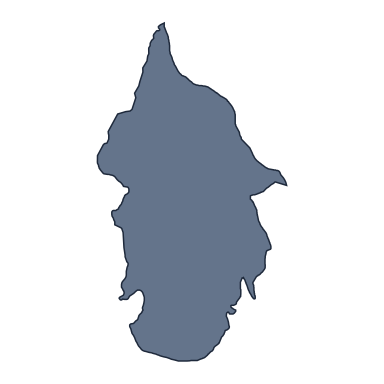 Alvarado, Cartago, Costa Rica (Mercator projection)
{"feature_id": "36466004B14644895644866", "entity_name": "Alvarado", "entity_type": "district", "adm_level": 2, "iso_a3": "CRI", "parent_name": "Costa Rica", "parent_adm1": "Cartago", "projection": "mercator", "projection_center": [-83.805, 9.945], "detail": "fine", "context": "isolated", "style": "filled", "palette": "slate", "viewbox_px": 384, "rotation_deg": 0, "n_neighbors": 0, "source": "geoboundaries", "source_scale": "gbopen_adm2", "svg_char_len": 6027}
<svg xmlns="http://www.w3.org/2000/svg" viewBox="0 0 384 384"><path d="M164.2,23.0L160.5,24.8L159.3,25.7L158.4,26.6L158.5,27.9L159.7,29.2L159.7,30.0L158.8,30.7L157.0,30.7L156.5,31.0L153.8,34.3L153.4,35.6L153.7,38.3L152.7,39.5L151.7,40.3L150.2,43.2L150.1,45.7L148.8,47.9L148.7,48.8L148.8,53.8L147.7,56.1L147.0,61.0L142.8,67.9L142.9,72.1L139.9,81.5L138.8,86.0L134.6,93.2L135.8,97.8L132.0,109.5L129.9,111.1L125.8,111.6L117.7,114.0L108.2,131.5L108.4,133.7L108.8,135.2L108.7,139.2L107.3,142.4L106.8,143.2L104.6,143.6L103.4,144.6L97.5,155.6L97.4,162.0L97.5,163.2L98.5,165.2L98.7,166.7L99.0,167.1L99.3,168.4L99.8,168.8L100.0,169.4L103.0,173.1L103.9,173.8L107.7,174.4L109.0,174.4L110.4,174.9L111.7,175.1L113.3,175.6L113.4,175.8L114.6,176.4L117.2,179.7L118.8,181.2L120.7,182.4L122.3,184.3L123.5,186.1L123.5,186.4L127.6,187.1L128.1,187.4L128.4,187.9L128.9,189.1L128.9,191.7L128.7,192.3L127.7,193.5L126.7,194.2L126.1,194.4L125.7,194.8L125.4,194.8L124.6,195.8L124.4,196.7L123.5,198.3L122.9,200.0L122.8,201.0L121.9,202.6L121.3,204.3L120.5,205.2L120.0,205.6L119.7,206.4L118.9,207.4L118.5,208.3L118.5,208.9L116.9,209.7L115.9,210.5L113.3,210.5L112.5,210.9L111.8,212.0L111.8,214.3L112.1,216.2L113.3,218.1L113.8,219.9L114.3,220.7L114.8,221.9L114.8,224.8L120.6,227.6L121.7,228.4L123.1,232.5L124.0,247.8L125.1,255.1L125.1,256.8L126.9,261.9L127.2,262.0L128.1,263.3L128.1,264.3L127.7,266.2L127.2,267.0L126.3,271.3L126.3,274.9L126.1,276.5L125.1,278.5L122.5,281.6L121.8,283.0L121.5,284.6L121.5,287.2L122.4,288.6L123.3,290.6L123.6,290.7L124.1,292.2L124.1,293.5L123.3,295.3L119.9,297.1L119.2,297.9L119.2,298.5L120.4,299.9L121.7,299.9L122.5,299.1L124.8,299.4L126.7,299.4L127.6,299.1L128.2,298.5L129.6,296.1L133.8,293.3L135.6,291.5L137.4,290.1L139.7,290.1L141.0,290.7L142.0,291.6L142.8,292.9L143.5,295.0L143.7,295.3L144.3,297.4L144.3,300.4L143.9,302.9L143.3,305.4L142.5,307.4L142.5,308.7L143.0,310.1L142.0,311.7L142.0,312.1L141.2,313.2L140.7,313.5L139.0,315.4L137.8,319.3L137.3,319.9L135.6,321.1L134.0,323.0L133.1,323.6L132.5,323.6L130.6,324.0L129.8,324.8L129.7,325.1L129.7,326.4L129.9,327.0L130.9,329.0L131.5,331.5L131.8,332.1L131.8,332.7L132.2,333.6L133.5,335.4L134.7,337.8L135.9,341.1L137.2,343.1L137.2,343.4L138.5,345.9L140.6,348.3L141.1,349.1L142.4,350.3L144.2,351.1L146.0,351.5L149.1,352.4L151.6,352.8L153.1,353.4L156.0,354.1L157.4,354.8L158.4,355.0L160.1,355.8L163.6,356.8L166.5,357.4L169.2,358.3L171.3,359.2L174.4,359.9L178.4,361.0L186.9,361.0L189.8,360.8L191.0,360.5L197.3,360.5L200.7,359.0L202.0,358.7L202.5,358.3L203.7,358.0L204.8,357.4L207.5,355.1L208.1,354.1L208.4,354.1L210.6,351.8L212.0,351.1L212.6,350.5L213.4,349.3L213.9,347.6L214.5,346.9L215.4,346.0L216.5,345.3L218.5,343.7L218.9,343.3L218.9,342.9L219.2,342.8L221.6,337.0L222.7,336.0L224.1,333.9L224.2,333.3L224.8,332.0L225.2,330.5L227.0,329.9L228.8,328.5L229.3,327.3L229.3,326.3L228.9,325.5L228.4,322.0L227.4,318.6L226.3,316.2L226.5,313.7L226.9,312.8L227.6,312.2L228.6,312.2L229.5,313.9L229.8,314.0L233.0,314.0L234.3,313.1L235.7,311.3L235.7,310.1L233.4,309.1L232.8,308.4L231.7,307.8L230.9,306.9L230.9,305.6L231.3,305.3L233.6,305.3L235.8,304.3L236.3,303.7L236.5,302.1L239.7,297.8L240.3,296.6L240.6,296.5L240.8,293.9L240.8,289.7L240.4,288.8L240.4,282.2L242.2,277.9L243.2,278.2L243.2,277.9L243.4,277.6L243.9,278.3L244.0,278.8L244.9,280.0L245.5,281.9L246.0,282.8L246.0,283.3L247.0,285.5L248.2,289.3L248.7,290.6L249.3,291.4L249.5,292.4L250.9,294.5L251.5,295.9L252.7,297.6L253.6,298.7L254.6,298.9L255.0,298.7L255.2,298.3L255.2,296.8L255.0,295.5L254.7,295.2L254.5,294.3L254.5,293.3L254.2,292.9L254.2,291.3L253.9,290.4L253.9,287.3L253.7,286.9L253.7,285.4L252.9,283.5L252.9,282.5L256.3,276.8L256.9,276.2L257.8,275.8L258.0,275.3L259.4,274.8L260.1,274.2L261.2,272.9L262.4,272.0L264.5,269.1L265.1,267.9L265.2,264.9L265.0,264.0L265.0,258.8L265.2,257.9L265.2,256.4L266.0,253.5L266.0,252.5L266.5,251.6L266.5,251.1L267.0,250.6L270.5,249.2L270.9,248.5L270.9,246.5L270.6,245.0L269.8,243.3L269.8,242.7L269.6,242.5L269.1,241.2L269.0,240.7L268.6,239.9L268.6,239.4L267.8,238.2L267.8,237.7L267.0,235.9L266.7,234.4L266.0,232.9L263.4,229.4L263.0,229.2L262.7,228.3L261.2,226.4L260.0,224.2L259.8,223.2L258.6,221.0L257.5,215.6L257.3,215.3L257.3,214.3L257.0,213.9L257.0,212.4L256.8,212.1L256.8,210.1L256.0,208.6L255.7,207.6L254.7,205.9L253.4,202.7L253.2,202.2L252.7,202.0L252.7,201.5L252.3,201.3L251.9,200.4L250.4,199.2L250.4,196.2L250.5,195.7L253.2,194.8L254.7,194.8L257.1,194.0L258.0,193.5L258.5,193.5L259.2,193.1L259.7,193.0L260.4,192.7L260.6,192.3L261.6,192.2L262.0,191.9L263.4,191.5L266.5,188.2L268.2,187.2L271.3,184.6L273.5,183.4L275.0,182.0L275.5,182.0L286.6,185.4L285.8,182.3L284.6,179.8L283.4,177.9L280.8,174.8L279.9,172.5L279.4,171.7L278.7,171.0L277.6,170.5L276.6,170.5L275.4,170.0L273.8,170.0L273.6,169.8L269.0,169.0L267.9,168.7L266.9,168.0L266.6,168.0L265.0,167.0L262.3,164.9L261.7,164.7L261.3,164.1L258.5,162.1L258.3,161.8L257.1,160.9L255.1,158.7L255.0,158.4L254.6,158.0L253.3,155.3L252.9,154.9L252.4,153.4L249.8,147.9L241.4,139.2L241.1,137.2L240.2,136.0L239.7,134.6L239.3,132.2L235.8,125.8L235.7,124.8L235.2,123.9L235.2,114.7L234.7,112.8L234.7,111.8L234.4,111.4L233.4,109.2L233.0,108.5L232.9,108.0L231.1,105.1L230.7,104.9L229.9,103.6L229.4,103.3L228.4,101.6L227.5,101.2L227.3,100.4L226.3,99.3L223.3,97.4L222.4,97.1L221.7,96.4L221.1,96.4L220.7,96.2L217.0,93.0L216.5,93.0L216.3,92.6L215.8,92.5L213.6,90.7L211.4,89.4L210.7,88.7L210.2,88.7L209.9,88.3L208.2,87.2L207.9,86.9L207.0,86.8L206.5,86.5L205.5,86.4L205.1,86.1L203.6,86.1L201.7,85.6L199.1,85.6L197.7,85.1L196.7,85.1L193.4,83.8L192.4,83.0L191.5,81.9L190.7,81.5L190.4,81.1L190.0,81.0L188.9,80.0L188.3,79.2L187.8,79.0L187.3,78.3L186.5,77.8L186.3,77.4L185.2,76.7L183.9,76.3L183.6,76.0L182.6,75.8L181.7,75.4L180.9,74.3L179.7,73.4L177.8,70.7L175.6,66.4L174.2,64.4L174.1,63.4L172.8,60.6L172.2,58.8L172.2,58.2L171.5,56.4L170.1,53.6L170.1,52.6L169.6,50.7L169.6,45.6L169.4,44.6L169.3,43.1L168.9,41.6L168.8,40.1L168.3,38.6L168.3,37.1L167.6,35.2L167.4,34.3L166.8,33.4L164.5,27.3L164.2,26.9L164.2,23.0Z" fill="#64748b" stroke="#1e293b" stroke-width="1.5"/></svg>